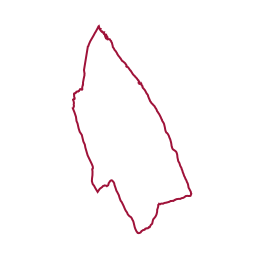 the district of Karura, Semenawi Keyih Bahri, Eritrea, rotated 350°
{"feature_id": "51966322B45199582240714", "entity_name": "Karura", "entity_type": "district", "adm_level": 2, "iso_a3": "ERI", "parent_name": "Eritrea", "parent_adm1": "Semenawi Keyih Bahri", "projection": "equal_earth", "projection_center": [38.724, 17.385], "detail": "fine", "context": "isolated", "style": "outline", "palette": "rose", "viewbox_px": 256, "rotation_deg": 350, "n_neighbors": 0, "source": "geoboundaries", "source_scale": "gbopen_adm2", "svg_char_len": 5603}
<svg xmlns="http://www.w3.org/2000/svg" viewBox="0 0 256 256"><g transform="rotate(350 128 128)"><path d="M87.0,185.7L89.6,183.0L92.4,181.6L93.2,180.9L93.7,180.7L94.8,180.7L95.1,180.5L95.8,180.8L96.4,181.0L96.7,181.1L97.1,181.6L97.6,181.3L98.5,181.0L98.9,180.3L99.3,179.1L99.5,178.9L100.2,178.3L100.6,177.7L101.0,177.3L102.4,176.6L102.9,176.7L103.4,177.1L103.6,177.5L104.4,178.8L104.8,180.1L104.8,181.6L105.4,185.4L105.7,187.8L106.1,188.7L107.3,192.6L107.6,195.4L108.1,198.2L108.5,199.1L108.8,199.5L109.2,200.7L110.1,203.8L110.8,206.9L111.4,209.0L112.4,211.1L112.7,212.6L112.8,213.0L113.7,214.5L114.3,215.3L115.2,216.0L115.8,217.0L116.1,217.8L116.4,219.1L116.9,220.4L117.1,221.7L117.4,226.9L117.7,228.7L118.5,231.5L118.8,232.0L119.2,232.4L119.3,232.8L119.3,233.0L120.2,233.4L120.9,233.4L122.2,233.1L122.5,232.9L123.0,232.2L123.5,231.8L124.3,231.6L125.2,231.1L126.7,231.1L127.4,230.3L127.7,230.1L128.4,230.2L128.9,230.0L129.8,230.2L130.2,230.2L131.3,229.3L131.7,229.6L131.9,229.6L132.3,229.3L133.2,227.9L133.8,227.3L134.4,227.0L135.2,226.4L136.6,223.0L137.2,222.1L137.9,221.6L139.7,220.0L141.0,218.2L142.1,215.7L142.4,214.3L142.6,213.4L143.1,212.6L144.1,210.6L144.4,209.0L144.8,208.8L145.4,208.1L145.8,208.6L146.4,208.7L146.9,208.4L147.1,208.3L148.4,208.3L149.1,208.6L149.6,208.6L150.2,208.3L151.3,208.1L151.9,208.2L152.6,208.1L153.0,208.2L153.7,208.0L154.2,208.1L154.9,207.9L155.4,208.0L155.7,207.8L156.3,207.7L157.2,207.3L158.3,207.5L158.9,207.4L159.9,207.7L160.2,207.7L161.2,207.0L161.6,206.9L162.2,207.0L163.1,206.5L165.6,206.6L167.1,206.9L168.6,206.4L170.1,206.4L171.6,205.9L172.9,205.1L174.6,205.1L175.8,205.5L177.4,205.7L177.8,205.6L178.0,205.3L178.9,203.8L178.7,203.5L178.8,202.1L178.7,201.5L178.2,200.0L178.0,199.2L177.3,197.3L177.3,194.0L177.1,192.7L176.7,191.6L176.3,189.4L175.8,188.2L175.8,187.9L175.7,187.8L175.5,186.5L175.0,185.1L174.6,182.4L174.3,181.4L174.1,179.2L174.0,178.9L173.8,177.8L173.7,177.7L173.7,176.7L172.9,174.4L172.5,171.4L171.8,169.6L171.7,169.0L171.7,168.1L171.6,165.6L171.8,163.0L171.7,161.6L171.5,160.4L171.3,159.8L170.9,159.2L170.0,158.2L169.0,157.3L168.4,156.6L168.2,156.0L167.9,154.6L168.0,154.1L167.8,153.4L167.9,151.5L167.9,149.7L167.6,146.5L167.1,144.5L166.9,143.0L166.3,141.1L165.7,139.9L164.9,139.1L164.8,138.6L164.6,138.1L164.4,136.4L164.4,133.8L164.2,130.3L163.8,128.8L163.1,127.3L162.8,126.1L162.9,125.8L162.6,125.3L162.5,124.6L162.3,124.0L162.2,123.3L161.1,119.7L160.5,118.5L160.3,117.8L159.6,116.5L159.3,114.8L159.0,113.9L158.7,113.4L158.4,112.5L158.0,111.5L157.9,111.1L156.9,109.7L156.2,108.5L155.5,107.7L155.1,106.5L154.5,105.6L154.5,105.1L154.2,104.3L154.2,103.5L153.8,102.8L153.6,101.2L153.4,100.7L153.3,100.1L153.4,99.5L153.0,98.3L152.3,97.2L152.1,96.3L151.7,95.2L151.6,94.9L151.3,93.9L150.6,92.6L150.3,92.2L150.1,91.7L149.6,91.1L149.4,90.5L149.5,89.7L149.6,89.9L149.6,89.7L149.5,89.2L149.0,88.5L148.9,87.8L148.8,88.0L148.1,86.4L147.5,85.9L147.4,85.8L147.2,86.1L147.4,86.3L147.5,86.5L147.4,86.6L147.0,86.6L146.8,86.5L146.8,86.0L147.0,85.7L147.1,85.3L147.3,85.2L147.1,84.9L147.0,85.2L146.7,85.4L146.3,85.3L146.3,85.1L146.5,84.8L147.0,84.2L146.9,84.1L146.8,83.8L146.7,83.4L146.4,83.0L146.4,82.8L146.2,82.7L146.1,82.3L145.6,81.5L145.5,81.0L144.9,80.1L144.7,79.7L144.1,79.0L143.6,77.9L143.1,77.4L142.3,76.1L142.1,75.8L142.0,75.4L141.7,74.8L141.4,73.9L141.0,73.1L140.6,72.0L140.4,71.9L140.1,71.4L138.7,68.4L137.9,67.5L137.3,67.5L137.1,67.2L137.0,66.9L137.3,66.4L137.4,66.0L137.1,65.2L136.8,64.8L136.6,64.0L136.3,63.6L135.5,62.6L134.9,61.8L133.9,60.9L133.7,60.6L132.7,58.0L132.4,57.7L131.9,56.5L131.0,55.0L130.7,54.2L130.3,53.4L130.3,52.8L129.7,51.4L129.4,50.5L128.3,48.7L127.9,47.2L127.4,46.2L127.1,45.6L127.2,44.6L127.0,42.5L127.0,41.6L126.9,41.2L126.5,40.3L126.5,39.5L125.9,38.7L125.4,37.4L123.7,37.0L123.4,37.2L123.2,37.1L123.0,36.2L123.2,35.9L123.5,36.2L123.4,36.5L123.6,36.5L123.5,35.8L123.5,35.5L123.1,35.6L122.5,36.1L122.1,36.1L121.9,35.9L121.9,35.5L121.7,35.1L121.9,34.7L121.9,34.4L121.6,34.4L121.4,33.8L121.4,33.3L121.6,33.3L121.6,33.0L121.2,31.7L121.1,31.0L120.6,31.1L120.5,30.7L120.5,30.2L120.8,29.7L120.6,29.7L120.5,29.8L119.8,29.6L119.7,29.2L119.8,29.0L119.6,28.7L119.4,28.8L118.9,28.7L118.8,28.2L118.5,28.1L118.3,27.8L117.7,26.6L117.8,26.2L118.2,25.7L117.6,25.3L117.2,25.5L117.0,25.0L117.1,23.6L117.0,22.6L116.5,22.9L115.9,23.8L115.6,24.2L113.1,27.4L111.9,28.7L110.2,30.9L105.9,36.0L103.9,39.0L103.3,40.3L102.9,40.7L102.6,40.8L95.0,62.5L94.7,63.3L94.7,64.6L94.6,65.2L94.7,66.1L94.7,66.8L94.4,67.3L94.4,68.2L93.0,71.6L91.7,75.1L91.5,75.7L91.4,76.9L91.1,77.3L91.1,77.8L90.9,77.9L90.0,79.9L89.8,80.8L89.8,81.8L89.7,82.0L89.4,82.2L89.2,81.9L89.0,82.1L88.1,81.5L87.6,81.4L86.9,82.3L86.0,82.8L86.0,83.0L85.7,83.0L85.2,83.4L84.9,83.2L84.0,83.4L83.9,83.3L83.5,83.3L83.2,83.7L83.1,84.0L82.0,84.7L81.8,84.7L81.6,84.5L80.9,84.7L80.8,84.9L80.7,85.3L80.6,85.7L80.6,86.8L80.4,87.5L80.5,88.9L80.7,89.2L80.6,89.6L80.3,90.2L80.1,90.2L79.8,90.0L79.1,90.3L78.8,90.5L78.8,91.0L79.0,91.3L79.1,92.5L79.1,93.6L79.1,94.1L78.8,94.9L78.6,95.4L78.6,97.0L78.4,97.2L78.1,97.9L77.8,98.5L77.3,99.1L77.1,99.1L78.0,103.3L78.7,108.0L78.5,112.2L79.1,114.8L79.3,119.8L79.8,123.4L81.3,126.8L81.7,133.6L82.6,136.8L82.6,139.9L83.5,148.0L86.1,157.3L86.6,159.7L86.5,161.4L85.8,162.5L85.6,162.5L85.5,164.7L84.8,168.3L83.8,171.5L83.2,174.0L83.5,177.0L84.6,179.1L85.4,181.6L87.0,185.7ZM122.4,32.2L122.1,32.1L122.0,32.3L122.3,32.5L122.2,32.7L122.2,32.9L122.4,32.8L122.6,33.0L122.6,32.6L122.3,32.4L122.4,32.2ZM123.3,34.4L123.0,33.8L122.9,33.4L122.8,33.5L123.0,34.2L122.9,34.3L123.0,34.5L123.1,34.3L123.2,34.6L123.3,34.5L123.3,34.4Z" fill="none" stroke="#9f1239" stroke-width="2"/></g></svg>